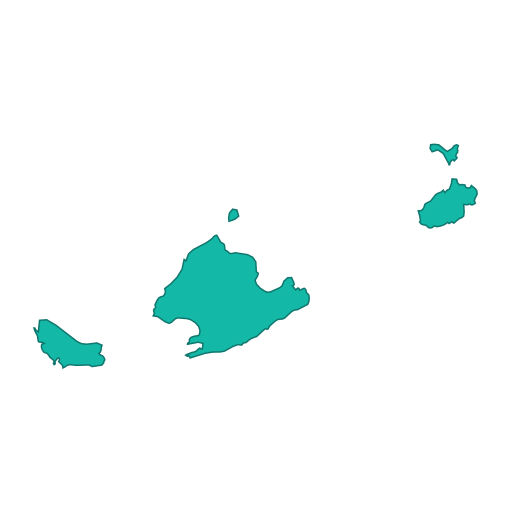 the border of Baleares, rotated 185°
{"feature_id": "ESP-5808", "entity_name": "Baleares", "entity_type": "Autonomous Community", "adm_level": 1, "iso_a3": "ESP", "parent_name": "Spain", "parent_adm1": "", "projection": "orthographic", "projection_center": [2.709, 39.359], "detail": "fine", "context": "isolated", "style": "filled", "palette": "teal", "viewbox_px": 512, "rotation_deg": 185, "n_neighbors": 0, "source": "natural_earth", "source_scale": "10m", "svg_char_len": 4034}
<svg xmlns="http://www.w3.org/2000/svg" viewBox="0 0 512 512"><g transform="rotate(185 256 256)"><path d="M336.8,181.4L340.7,182.5L348.5,187.0L353.2,187.4L352.4,189.3L352.6,190.7L353.0,192.0L353.3,193.5L352.8,194.4L351.9,195.1L351.5,196.3L352.4,198.5L350.6,203.4L349.1,205.9L347.3,207.0L345.0,207.9L343.5,210.0L343.1,212.8L344.1,215.6L338.6,220.7L332.8,227.8L328.5,236.4L327.3,246.3L326.0,245.5L325.4,245.0L323.3,252.3L318.9,257.0L306.4,265.0L301.1,269.6L300.0,271.3L299.5,271.9L298.2,272.8L296.9,273.3L296.4,272.6L292.6,267.0L291.7,266.4L289.6,265.4L288.7,264.7L288.1,263.0L287.8,261.1L287.3,259.4L286.3,258.7L285.0,258.3L282.8,256.6L281.6,256.2L280.0,256.4L277.8,257.2L276.5,257.4L264.5,256.6L259.1,254.4L255.7,250.1L254.3,240.3L252.2,239.0L252.7,236.2L254.8,231.8L253.2,228.1L249.3,224.5L244.7,221.9L241.1,220.8L238.1,221.7L229.2,226.7L227.4,228.7L225.9,233.5L222.5,237.1L218.7,237.6L216.1,233.0L215.9,232.6L215.5,231.2L215.9,230.1L217.1,229.4L213.4,225.6L212.3,227.1L211.3,227.8L210.3,227.3L209.6,225.6L205.8,227.8L204.9,228.0L203.6,227.0L202.4,223.8L200.0,221.8L199.3,218.6L199.4,215.0L200.3,212.3L210.1,206.1L213.0,205.5L215.5,203.9L222.2,196.6L224.3,195.5L227.0,195.1L229.4,194.3L231.7,192.4L236.0,187.8L236.5,187.0L237.5,184.8L237.8,184.2L238.5,184.0L240.0,184.4L240.6,184.2L243.9,180.8L244.4,180.0L245.0,179.6L247.8,176.4L248.7,175.6L249.7,175.3L253.7,173.3L255.7,171.7L257.2,170.0L258.8,168.8L260.8,168.3L261.3,167.9L262.2,166.3L262.7,166.0L265.6,166.2L266.8,165.9L270.9,164.0L279.1,158.5L283.3,157.3L291.0,156.5L298.5,154.6L312.7,148.7L314.5,151.1L315.2,150.3L315.6,150.1L317.4,151.1L316.0,152.1L311.2,154.4L309.4,154.9L307.4,155.9L305.6,158.0L304.0,159.4L302.4,158.6L301.4,158.6L301.2,164.3L306.0,165.1L316.5,162.1L316.5,163.2L315.1,164.2L314.9,165.4L315.1,166.8L314.6,168.1L313.8,169.0L313.0,169.6L310.8,170.6L306.5,171.7L305.5,173.1L305.3,176.8L306.9,180.7L310.5,184.2L315.0,186.7L318.9,187.6L328.3,187.6L330.7,186.6L334.8,182.3L336.8,181.4ZM466.1,154.6L466.7,157.3L469.7,162.0L470.9,164.9L470.0,164.9L469.4,163.8L468.5,162.8L467.4,162.0L466.2,161.4L466.0,173.1L458.9,174.2L449.1,169.5L426.8,155.2L422.1,153.4L416.7,153.4L406.9,155.5L401.6,153.7L402.1,151.6L402.2,149.0L402.6,146.7L404.2,145.2L403.1,144.2L400.3,143.2L399.0,142.1L397.7,140.0L397.6,139.1L398.2,138.2L398.5,136.1L400.1,133.9L409.6,131.6L412.9,132.9L426.0,131.4L431.5,131.6L433.0,131.3L434.9,130.4L437.2,128.5L438.6,127.7L439.0,129.8L440.3,131.2L443.4,133.6L443.1,134.1L442.8,135.4L442.9,136.7L443.8,137.3L444.7,136.8L445.7,135.5L447.0,133.5L446.7,130.9L447.6,130.2L448.4,131.1L447.9,133.5L448.8,134.7L452.6,137.2L453.4,138.5L454.1,139.3L455.5,140.7L456.2,141.0L458.3,141.4L459.2,141.9L460.7,143.9L461.9,146.8L461.8,149.4L459.4,150.4L461.5,151.5L463.7,151.3L465.3,151.7L466.1,154.6ZM96.0,304.1L95.3,305.7L96.1,309.3L98.3,315.2L96.0,315.3L94.1,316.8L92.9,319.0L92.4,321.8L91.7,322.9L86.8,326.0L82.4,332.7L80.6,334.1L76.7,336.1L75.2,337.9L74.7,337.2L73.8,336.3L73.4,335.6L71.0,338.5L69.1,339.5L67.6,345.5L67.4,349.9L62.9,349.9L61.5,346.3L59.2,344.4L57.1,345.2L56.2,345.1L55.7,344.9L54.2,345.1L53.2,342.9L50.9,342.1L48.5,342.8L47.6,345.0L43.2,342.0L41.7,340.1L41.1,336.8L42.8,332.6L43.3,330.0L42.1,327.8L43.3,326.7L44.7,325.9L46.3,325.7L47.9,326.7L48.9,325.8L50.2,325.4L53.6,325.5L52.5,318.0L52.6,313.9L54.3,312.1L56.1,311.4L58.2,309.7L61.6,306.1L62.4,306.1L63.7,307.2L66.5,305.2L68.0,306.2L70.8,303.9L74.6,302.0L78.5,301.0L81.4,301.5L82.6,299.9L84.6,299.1L86.6,299.3L88.8,301.1L89.8,301.5L92.3,301.7L93.8,302.1L94.9,302.9L96.0,304.1ZM84.1,377.6L89.6,375.2L91.9,378.2L91.7,382.1L88.3,382.8L83.6,382.7L76.8,378.1L74.6,376.8L71.9,378.8L70.5,379.7L68.2,383.0L66.0,384.3L64.1,383.7L64.8,380.1L64.2,378.7L64.2,376.9L65.0,375.7L65.6,374.1L65.7,372.7L64.7,372.0L64.2,371.3L65.1,370.0L66.8,368.0L67.8,369.1L69.2,368.5L70.6,366.5L71.1,363.7L71.6,363.6L71.8,363.9L71.8,364.3L71.9,364.7L78.5,374.5L84.1,377.6ZM286.6,291.7L286.2,296.5L283.4,300.6L279.1,300.2L276.7,294.2L280.4,290.7L285.9,288.2L286.6,291.7Z" fill="#14b8a6" stroke="#0f766e" stroke-width="1.5"/></g></svg>